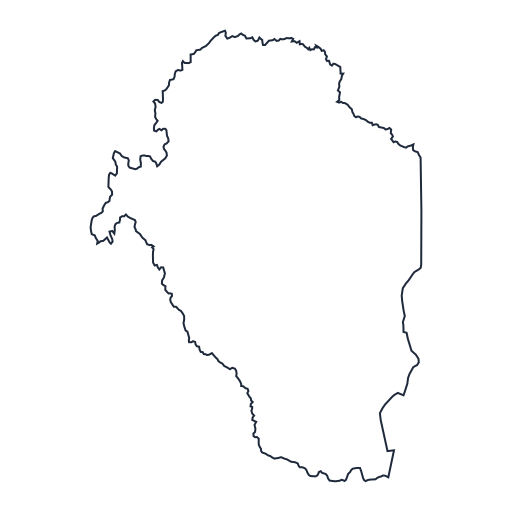 Terenos, Mato Grosso do Sul, Brazil
{"feature_id": "56859067B74665088865993", "entity_name": "Terenos", "entity_type": "district", "adm_level": 2, "iso_a3": "BRA", "parent_name": "Brazil", "parent_adm1": "Mato Grosso do Sul", "projection": "equal_earth", "projection_center": [-55.092, -20.464], "detail": "fine", "context": "isolated", "style": "outline", "palette": "slate", "viewbox_px": 512, "rotation_deg": 0, "n_neighbors": 0, "source": "geoboundaries", "source_scale": "gbopen_adm2", "svg_char_len": 5999}
<svg xmlns="http://www.w3.org/2000/svg" viewBox="0 0 512 512"><path d="M168.9,85.4L166.3,89.2L164.7,90.5L162.7,91.1L163.0,99.1L162.8,101.8L161.5,102.9L159.3,102.0L157.7,100.0L155.2,99.8L153.4,101.5L155.1,103.5L155.6,106.9L154.8,110.1L155.4,113.3L155.1,117.0L156.3,119.2L157.6,120.8L156.1,123.0L154.4,125.1L153.9,128.0L154.1,130.6L156.4,131.4L157.7,129.9L159.4,128.9L161.5,130.3L163.1,128.8L165.3,128.8L166.4,130.2L167.0,135.7L168.2,138.4L168.6,141.3L166.7,143.4L164.6,144.4L163.5,146.7L164.0,149.0L165.4,150.7L166.5,152.6L166.9,155.6L165.3,158.3L161.0,161.8L159.3,164.6L157.2,166.3L156.2,163.2L155.2,161.7L153.0,161.0L151.3,158.9L150.0,156.4L148.1,156.0L146.2,156.0L144.2,155.4L142.4,155.6L140.6,156.2L140.2,159.7L140.9,163.2L140.8,166.6L138.6,167.3L137.2,168.6L135.4,169.2L129.6,167.6L128.3,165.6L128.3,163.3L128.8,160.4L127.8,158.2L124.3,157.5L121.8,156.1L120.0,153.5L115.1,151.1L113.9,153.2L112.8,158.1L115.4,161.8L115.7,164.3L117.1,166.7L116.9,173.4L115.2,175.6L111.9,173.5L110.4,172.8L109.1,174.5L108.7,177.7L108.4,187.0L110.8,189.5L112.0,191.5L112.1,194.7L110.2,196.6L109.7,198.8L109.5,200.9L107.8,202.2L105.7,202.9L104.1,205.4L102.6,208.6L102.8,211.3L101.6,212.7L99.9,213.5L96.0,215.9L93.8,216.4L92.5,217.9L91.7,220.3L90.6,227.2L91.0,231.1L91.8,234.2L94.8,235.4L95.8,238.0L97.7,240.9L97.2,243.6L98.8,242.7L100.6,241.2L103.2,240.9L107.0,237.5L109.7,242.6L111.0,243.7L112.6,241.6L112.2,239.0L110.4,235.0L109.5,231.6L112.3,231.0L114.3,233.6L114.8,229.9L114.6,226.5L115.4,224.2L117.2,222.9L119.3,222.5L119.9,220.3L120.1,217.5L122.2,216.2L124.1,216.3L125.9,214.5L127.7,216.5L129.8,217.8L135.0,220.1L135.7,222.1L135.0,224.3L134.5,226.9L135.5,229.1L136.1,231.2L140.0,234.1L142.4,237.7L145.3,240.1L147.1,244.2L149.5,245.1L151.4,244.9L153.6,246.4L152.1,247.4L153.6,249.2L153.0,252.0L152.9,255.9L153.1,262.6L154.7,265.5L156.9,264.9L157.8,267.3L159.3,269.5L161.1,267.3L163.2,267.5L164.9,273.3L163.9,277.6L162.1,280.3L161.9,283.7L163.4,285.1L165.4,286.1L165.3,289.9L167.3,292.2L168.6,293.5L170.1,293.3L171.8,293.8L172.0,296.0L170.7,297.5L170.2,299.6L170.7,301.9L173.8,306.7L176.1,306.8L178.9,309.8L180.9,310.9L182.7,313.4L184.1,316.0L184.2,319.5L183.5,323.2L184.3,326.6L185.6,330.5L187.4,331.6L189.2,338.0L188.8,340.1L189.1,342.2L191.6,342.2L192.9,341.2L195.1,341.9L195.6,344.4L196.9,346.3L199.1,346.7L199.6,349.5L200.7,351.9L202.7,352.1L203.8,354.1L205.5,354.2L207.0,355.0L208.7,354.8L210.3,354.1L211.9,353.1L215.2,357.0L217.5,359.2L218.4,361.1L220.3,362.5L222.4,363.6L224.1,365.9L227.6,367.7L229.9,369.2L232.3,367.8L235.0,368.7L236.2,370.9L236.6,373.6L236.2,376.1L238.3,378.7L240.2,381.6L241.2,384.0L241.2,386.0L243.1,386.2L245.3,388.1L247.6,388.8L248.4,391.0L247.3,393.2L249.6,397.0L250.8,398.3L251.1,400.5L252.7,402.0L250.9,403.9L250.5,406.3L252.2,406.9L252.1,408.9L251.4,410.8L252.3,413.7L254.1,415.5L252.6,417.6L252.3,420.0L256.2,421.8L254.5,424.9L255.4,428.5L255.1,431.9L253.4,433.5L253.6,436.2L255.2,437.2L256.8,437.0L258.7,438.6L258.7,444.1L259.5,446.5L261.0,448.9L261.1,451.0L262.2,452.5L265.6,453.7L268.3,455.5L270.2,456.0L272.1,457.4L274.4,458.6L278.2,458.0L281.1,457.2L284.6,458.7L287.0,459.4L291.0,461.7L295.3,462.3L297.8,463.5L298.7,466.0L299.9,467.3L301.5,467.2L303.4,467.6L305.3,468.6L306.5,470.2L307.4,472.6L309.0,475.2L310.5,476.0L315.4,476.4L317.1,475.6L318.2,474.1L318.8,472.1L320.7,471.2L322.0,472.8L325.7,474.0L327.2,475.7L328.0,478.3L329.6,480.6L335.1,481.3L339.9,480.7L341.4,479.8L343.0,480.2L344.5,481.0L346.0,479.8L348.2,473.8L349.9,472.3L351.2,470.1L352.7,468.7L357.0,467.9L360.0,468.0L361.1,470.9L363.1,478.1L364.1,480.1L365.6,481.1L367.9,480.0L370.1,479.6L375.5,479.3L377.2,477.9L379.6,476.8L381.4,476.4L382.8,475.5L385.2,475.7L388.3,477.3L394.0,450.3L387.5,451.1L380.7,420.0L379.9,413.2L382.5,408.2L385.0,404.6L391.8,397.2L394.1,395.1L397.8,392.9L403.5,395.3L404.6,392.2L407.3,383.8L408.1,377.9L409.5,374.0L413.2,367.3L415.3,365.9L416.9,365.3L418.8,362.3L418.5,358.8L415.9,354.7L411.5,350.8L407.9,339.0L406.6,332.8L403.5,331.9L403.4,325.7L402.9,322.0L404.8,316.0L403.7,311.0L402.2,301.3L401.7,295.6L402.8,288.2L406.1,283.2L408.5,280.5L412.9,274.0L414.5,272.0L418.7,269.5L420.7,267.8L421.2,264.6L421.4,211.2L420.6,157.6L418.9,154.9L417.7,152.1L415.2,151.4L413.2,150.2L412.8,147.2L413.4,144.4L411.1,145.5L407.7,146.4L406.2,147.6L404.3,147.2L400.1,145.4L398.3,143.8L397.2,142.0L395.3,141.5L393.6,142.2L391.1,138.9L392.9,136.5L392.1,134.6L390.8,133.3L391.1,129.5L389.5,128.0L387.6,129.0L385.6,129.5L383.8,128.0L378.9,127.0L377.9,125.0L376.5,124.3L374.6,124.5L372.7,125.2L371.8,122.7L370.0,122.8L367.9,121.8L365.8,120.0L363.2,118.9L361.2,118.5L359.6,116.9L357.5,116.5L356.0,117.3L354.3,116.0L353.5,113.9L352.4,112.0L351.8,109.2L349.7,107.4L347.7,104.8L345.0,103.1L343.1,103.0L341.2,101.9L339.0,102.6L337.1,101.8L339.3,100.1L339.1,97.2L340.0,92.3L337.9,90.5L339.4,86.6L339.1,84.2L339.6,81.6L341.2,79.3L342.0,75.6L343.2,73.6L340.6,73.6L340.3,67.0L335.1,64.0L333.4,63.7L331.9,65.6L330.2,64.5L329.0,60.8L326.9,60.9L326.0,59.1L326.9,56.4L325.2,54.3L324.9,51.7L323.6,50.2L321.7,50.9L320.6,48.7L318.4,46.9L316.1,45.6L316.8,47.5L314.9,47.2L313.9,49.3L311.8,49.3L310.3,50.1L309.3,47.8L308.2,49.3L306.8,47.8L305.0,46.8L302.9,44.2L301.4,43.9L299.8,44.3L299.5,41.2L296.7,42.8L294.6,41.2L291.8,41.5L293.2,38.9L291.3,37.9L289.6,38.4L287.9,38.1L286.3,38.1L284.9,38.9L282.6,39.4L280.3,38.9L278.9,40.5L276.6,40.9L274.4,39.0L272.8,40.2L268.9,40.7L265.1,45.0L263.0,45.0L262.5,42.7L262.2,39.9L260.8,38.9L259.4,37.5L257.9,40.6L255.6,41.5L253.8,40.1L252.3,37.3L250.5,38.2L246.4,38.5L244.9,35.7L242.9,34.9L241.2,33.5L239.5,34.4L238.3,35.7L236.9,36.4L234.8,37.1L232.3,36.1L229.4,37.9L227.3,38.6L225.4,35.8L225.8,32.8L225.0,30.7L220.6,32.3L218.9,33.1L217.9,34.9L215.7,35.7L214.0,37.2L210.4,41.0L209.0,43.1L205.8,46.1L202.0,47.9L200.4,49.6L196.3,50.3L195.0,52.5L193.7,54.0L190.6,54.5L190.7,62.1L188.8,63.1L184.5,62.9L182.9,61.1L182.0,62.8L182.4,69.8L180.5,70.6L178.0,70.0L175.7,71.3L174.8,73.9L174.6,76.6L173.5,79.2L169.9,80.0L169.1,82.6L168.9,85.4Z" fill="none" stroke="#1e293b" stroke-width="2"/></svg>